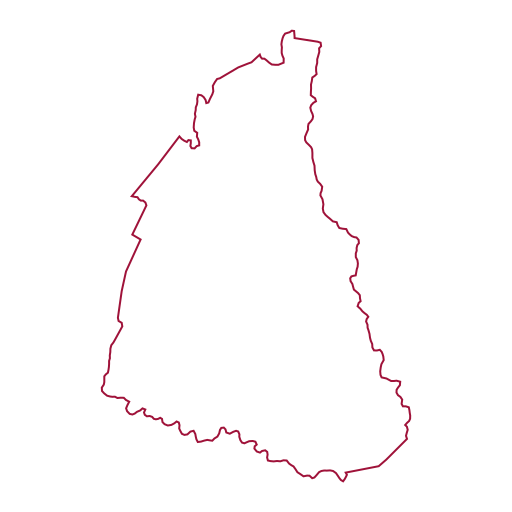 outline of Itiúba, Bahia, Brazil
{"feature_id": "56859067B94296485103385", "entity_name": "Itiúba", "entity_type": "district", "adm_level": 2, "iso_a3": "BRA", "parent_name": "Brazil", "parent_adm1": "Bahia", "projection": "natural_earth1", "projection_center": [-39.824, -10.692], "detail": "fine", "context": "isolated", "style": "outline", "palette": "rose", "viewbox_px": 512, "rotation_deg": 0, "n_neighbors": 0, "source": "geoboundaries", "source_scale": "gbopen_adm2", "svg_char_len": 4663}
<svg xmlns="http://www.w3.org/2000/svg" viewBox="0 0 512 512"><path d="M179.4,136.4L158.1,164.4L131.8,196.2L135.0,196.9L137.5,197.2L138.9,199.3L140.8,200.6L143.1,200.6L145.4,202.5L146.4,205.4L132.3,234.6L140.6,239.5L126.0,271.5L121.7,291.1L117.9,317.8L118.6,321.0L121.7,322.8L122.3,326.4L115.0,339.7L113.4,342.5L111.3,345.2L110.4,348.7L110.3,352.1L109.8,355.4L109.9,358.3L109.1,360.9L109.1,363.9L108.9,367.0L108.5,369.8L107.9,372.7L105.8,374.4L104.3,376.3L104.3,379.3L104.3,382.1L103.8,384.6L101.8,387.6L102.0,391.0L104.1,393.3L107.1,395.7L110.1,396.5L112.3,396.8L114.9,396.7L117.4,398.0L120.8,397.7L123.8,397.8L126.0,400.0L129.2,401.7L127.4,405.2L126.1,408.3L127.1,411.2L129.7,413.9L132.4,414.5L134.7,413.6L137.0,411.8L140.1,410.5L142.5,408.4L145.3,409.5L144.0,412.5L144.8,414.8L146.9,416.3L149.7,416.0L152.2,416.9L153.8,418.8L155.9,419.3L158.1,418.9L160.2,417.8L162.0,418.9L162.5,422.1L164.6,424.2L167.8,425.5L171.4,424.9L174.2,423.4L176.6,421.5L178.8,422.5L179.5,425.2L179.2,428.5L180.2,430.7L181.9,433.8L184.4,434.9L187.4,434.4L190.4,431.6L193.6,430.8L195.3,434.0L195.8,436.8L196.4,439.3L197.8,442.0L201.0,441.6L204.2,440.6L207.3,439.9L210.1,440.4L212.3,440.7L214.4,438.5L217.4,436.6L219.2,433.4L220.0,429.9L221.3,427.9L223.8,427.6L225.5,429.4L226.3,432.5L229.8,433.7L233.3,431.8L236.1,430.8L238.2,431.5L239.4,434.3L239.3,436.8L240.4,440.2L242.0,442.6L244.4,443.3L246.6,442.3L249.2,441.2L252.8,441.0L255.4,441.7L256.7,444.6L254.7,446.3L254.4,448.6L256.8,451.5L260.0,452.6L262.0,451.0L265.2,450.3L267.2,451.9L267.6,454.6L267.1,457.5L267.9,460.5L270.5,461.1L273.7,461.4L277.0,461.0L280.3,461.3L283.5,460.3L286.7,460.5L289.1,463.6L291.5,465.3L293.5,466.4L295.5,469.2L297.4,472.2L300.2,474.0L303.5,476.3L307.1,475.6L309.5,475.7L312.2,478.2L314.4,477.5L316.4,475.3L319.1,472.1L321.4,471.0L324.2,470.5L326.8,470.6L330.1,470.4L333.1,471.0L336.0,473.1L338.0,476.0L339.3,478.0L340.9,480.0L343.1,481.3L344.7,479.1L345.8,477.1L346.9,474.8L345.7,472.6L378.7,466.2L383.3,462.2L386.2,459.7L407.0,438.9L406.0,435.8L406.8,432.7L407.7,429.8L406.9,426.7L405.2,425.0L407.1,422.8L409.1,421.0L410.1,418.8L410.2,415.6L409.7,412.6L409.4,410.1L408.8,407.3L405.7,406.3L402.9,406.3L401.6,403.9L402.2,399.6L400.4,396.9L398.0,395.2L396.5,392.6L396.6,389.8L398.0,387.6L399.9,385.2L400.2,381.7L396.5,380.7L394.0,381.0L391.1,381.0L388.9,379.8L386.5,378.5L384.3,378.0L381.6,377.4L380.5,374.9L380.2,371.3L380.7,367.5L381.4,364.2L383.7,360.1L383.3,356.5L382.6,354.1L381.7,351.9L379.8,349.8L376.9,350.5L374.0,350.4L372.4,347.5L372.2,344.0L370.8,340.8L370.0,337.7L369.5,333.9L368.4,330.0L367.6,327.8L367.5,324.7L366.1,321.5L366.7,319.0L368.3,316.8L366.8,314.8L364.5,313.1L362.4,311.3L360.4,308.8L357.6,306.3L358.7,302.9L360.6,301.2L360.0,298.3L359.8,295.2L358.1,293.1L356.2,291.5L353.9,289.6L353.0,286.4L352.4,284.0L350.6,281.2L350.2,278.3L351.4,276.4L353.5,275.8L355.7,275.4L356.2,272.5L356.8,269.2L357.6,266.8L357.9,263.5L357.4,260.2L355.8,257.1L355.8,253.3L356.7,250.7L356.6,248.0L357.3,245.1L358.9,243.2L358.6,239.9L356.5,237.5L354.1,237.1L351.7,236.1L349.6,234.3L348.0,232.6L346.3,229.1L342.5,228.7L339.3,228.0L337.7,225.3L336.7,222.2L332.9,221.4L329.8,218.6L327.7,216.9L325.5,214.9L323.5,212.2L322.8,208.5L323.4,204.3L322.5,199.3L320.4,195.4L320.6,193.1L321.6,190.8L322.2,186.7L320.2,183.9L317.8,181.6L316.7,179.5L316.2,176.9L315.3,174.2L314.7,170.3L314.5,165.7L313.4,162.1L312.4,158.0L312.4,153.0L312.1,149.3L311.1,147.2L309.1,145.1L306.3,142.4L305.1,140.2L305.0,136.9L306.5,133.2L308.1,129.5L308.0,126.6L308.5,123.9L310.9,121.3L312.5,119.1L313.1,116.4L312.5,114.0L311.1,111.0L310.3,107.7L311.2,105.2L313.4,102.8L316.0,101.3L315.1,98.3L312.8,96.8L310.8,95.2L310.9,92.0L311.1,88.3L311.0,84.6L311.8,81.1L312.3,77.5L314.8,75.8L316.6,74.1L316.1,70.9L316.1,67.1L317.2,63.0L317.2,59.3L318.1,56.2L319.3,51.9L319.1,48.3L321.1,46.1L320.6,42.7L317.6,41.7L294.6,38.1L294.5,35.6L294.1,31.0L291.8,30.7L289.7,32.2L285.1,33.6L283.5,35.9L282.6,38.2L281.8,41.4L281.4,44.3L281.9,47.4L281.7,50.4L281.7,53.0L282.4,55.6L283.7,58.5L283.6,62.7L281.3,63.6L278.4,64.8L275.3,64.8L271.8,64.5L269.1,62.6L266.4,60.2L264.4,58.7L262.1,58.7L260.6,56.9L259.8,54.6L251.5,62.3L247.9,63.6L238.3,67.4L219.8,78.3L217.1,79.0L214.9,82.1L212.8,85.9L213.3,91.3L212.3,94.3L210.0,98.8L208.4,102.5L206.3,103.1L205.6,100.0L203.7,97.1L201.4,95.3L198.2,94.7L197.2,98.7L197.4,101.3L197.0,104.3L195.8,107.3L195.7,110.1L194.9,113.8L195.5,116.8L194.7,119.4L194.0,123.1L193.7,127.5L194.3,130.8L197.2,132.8L196.9,136.7L198.2,139.3L199.2,142.3L199.2,145.4L196.7,146.1L194.6,148.4L191.6,148.2L190.4,146.0L190.8,143.0L190.8,140.4L188.4,140.1L186.9,142.0L184.2,140.7L181.6,138.9L179.4,136.4Z" fill="none" stroke="#9f1239" stroke-width="2"/></svg>